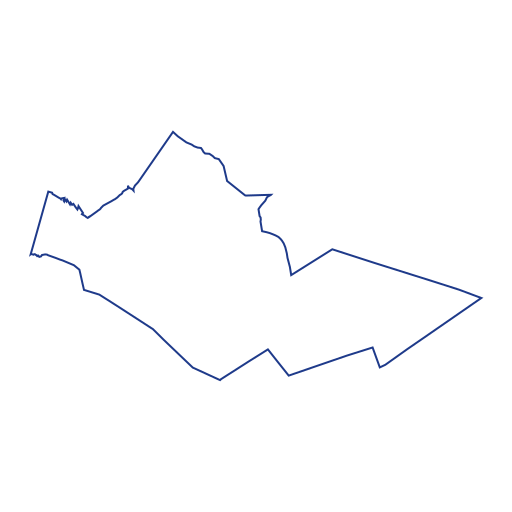 Abasolo, Coahuila, Mexico (Albers equal-area conic projection)
{"feature_id": "50627088B17032469842403", "entity_name": "Abasolo", "entity_type": "district", "adm_level": 2, "iso_a3": "MEX", "parent_name": "Mexico", "parent_adm1": "Coahuila", "projection": "albers", "projection_center": [-101.341, 27.143], "detail": "fine", "context": "isolated", "style": "outline", "palette": "blue", "viewbox_px": 512, "rotation_deg": 0, "n_neighbors": 0, "source": "geoboundaries", "source_scale": "gbopen_adm2", "svg_char_len": 2248}
<svg xmlns="http://www.w3.org/2000/svg" viewBox="0 0 512 512"><path d="M481.3,298.0L459.1,289.7L434.1,281.7L374.7,263.0L332.3,249.3L291.2,275.1L289.9,267.0L287.5,257.9L286.8,253.3L285.3,247.3L283.7,243.4L282.0,240.7L280.7,239.1L278.5,237.0L275.5,235.4L272.9,234.3L269.8,233.1L266.6,232.2L262.1,231.2L260.5,221.5L260.8,219.8L260.6,217.5L259.6,216.1L258.5,209.2L259.4,207.8L261.3,205.2L265.3,200.7L266.9,197.4L268.1,196.4L270.8,195.0L271.0,194.8L247.6,195.5L247.2,195.5L245.6,195.5L245.0,195.3L227.1,181.0L223.6,166.0L218.8,159.1L214.8,158.1L212.8,156.1L209.4,153.8L205.1,153.5L203.6,152.1L202.1,149.5L201.0,148.0L198.8,147.7L197.7,147.6L194.2,146.3L191.7,144.6L186.4,142.4L177.8,136.3L173.0,131.9L139.3,180.5L138.1,182.2L137.2,183.2L135.1,185.4L134.9,185.6L134.8,185.9L133.3,188.8L133.5,190.6L132.2,189.2L128.9,187.7L128.0,185.7L127.9,188.6L126.4,189.5L124.4,190.6L124.0,190.9L123.6,191.1L123.3,191.4L122.7,191.9L122.1,193.4L121.2,194.2L120.2,194.8L119.7,195.1L117.3,197.5L114.8,199.3L113.9,199.7L111.4,201.2L107.7,203.2L103.3,205.6L101.2,207.7L101.0,207.9L100.5,208.7L99.8,209.4L97.7,210.8L97.4,211.1L89.9,216.5L89.8,216.4L89.3,216.7L88.9,216.9L88.9,217.2L88.1,217.7L87.8,217.9L87.7,217.8L86.8,217.4L86.1,216.9L85.1,216.0L82.4,214.5L81.9,214.2L82.1,213.9L83.0,213.0L78.5,206.1L78.1,207.9L77.4,209.5L75.7,207.3L73.4,203.9L72.1,204.8L70.7,202.7L70.0,204.4L67.1,199.7L66.4,201.4L65.7,200.4L65.0,199.3L64.2,201.5L63.5,200.4L64.3,197.9L63.1,198.1L61.3,198.5L61.0,199.2L60.5,198.6L58.6,197.6L54.0,194.8L52.6,194.1L52.5,193.8L52.1,192.7L48.3,191.6L42.6,211.9L33.0,246.1L32.2,248.9L30.7,254.3L31.1,254.0L33.6,254.7L34.2,254.2L34.9,254.2L36.1,255.1L36.6,255.1L37.1,255.5L37.2,256.1L37.8,256.1L38.3,255.7L39.3,256.9L41.0,256.4L42.0,255.0L45.2,254.4L45.8,254.5L46.2,254.5L47.0,254.6L48.0,255.2L55.6,257.9L60.0,259.6L62.5,260.4L73.9,265.2L79.4,269.7L80.3,273.5L82.6,283.9L84.0,289.9L84.7,290.1L99.3,294.6L115.8,305.1L127.1,312.4L151.3,328.1L152.8,329.0L163.5,339.6L168.4,344.3L192.8,367.6L218.5,379.4L220.1,380.1L221.1,379.1L246.0,363.2L248.0,361.9L261.1,353.7L267.9,349.4L276.5,360.3L288.7,375.6L346.9,355.6L372.6,347.5L379.8,367.4L385.3,364.8L407.2,349.2L415.2,343.7L415.9,343.2L421.3,339.5L481.3,298.0Z" fill="none" stroke="#1e3a8a" stroke-width="2"/></svg>